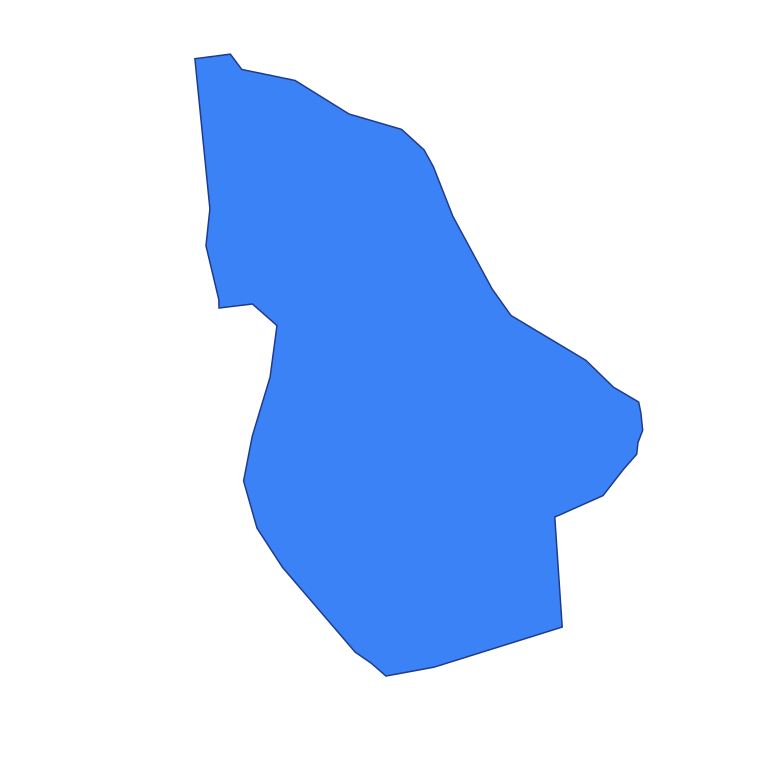 map outline of Loški Potok (Natural Earth projection), rotated 14°
{"feature_id": "SVN-965", "entity_name": "Loški Potok", "entity_type": "Municipality", "adm_level": 1, "iso_a3": "SVN", "parent_name": "Slovenia", "parent_adm1": "", "projection": "natural_earth1", "projection_center": [14.641, 45.654], "detail": "fine", "context": "isolated", "style": "filled", "palette": "blue", "viewbox_px": 768, "rotation_deg": 14, "n_neighbors": 0, "source": "natural_earth", "source_scale": "10m", "svg_char_len": 638}
<svg xmlns="http://www.w3.org/2000/svg" viewBox="0 0 768 768"><g transform="rotate(14 384 384)"><path d="M456.5,666.9L439.6,658.2L421.0,651.2L329.9,586.5L295.6,554.5L271.2,512.0L268.8,466.6L271.8,404.9L266.0,353.2L237.0,338.2L205.5,350.2L205.2,348.9L203.3,342.1L177.8,292.9L172.7,256.2L121.8,114.1L155.1,101.1L169.9,113.2L224.3,111.0L284.7,130.5L339.5,132.7L366.3,147.2L379.4,161.3L410.3,204.7L465.8,265.5L490.6,286.8L574.1,312.2L607.4,331.6L635.5,339.9L640.4,350.3L646.2,366.3L644.6,379.5L646.2,391.0L637.2,408.4L623.5,439.3L581.9,471.8L615.7,576.7L501.3,646.5L456.5,666.9Z" fill="#3b82f6" stroke="#1e3a8a" stroke-width="1.5"/></g></svg>